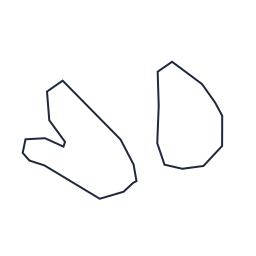 an SVG outline of Kökar, rotated 196°
{"feature_id": "ALD-4824", "entity_name": "Kökar", "entity_type": "state/province", "adm_level": 1, "iso_a3": "ALA", "parent_name": "Aland", "parent_adm1": "", "projection": "albers", "projection_center": [20.932, 59.931], "detail": "fine", "context": "isolated", "style": "outline", "palette": "slate", "viewbox_px": 256, "rotation_deg": 196, "n_neighbors": 0, "source": "natural_earth", "source_scale": "10m", "svg_char_len": 493}
<svg xmlns="http://www.w3.org/2000/svg" viewBox="0 0 256 256"><g transform="rotate(196 128 128)"><path d="M205.0,95.3L184.9,92.3L184.7,97.3L205.8,113.7L215.9,140.7L203.9,155.5L132.0,114.9L112.6,94.5L105.2,79.3L108.0,76.6L114.7,65.5L135.7,52.2L198.0,69.0L213.7,69.5L222.4,75.1L223.4,88.9L205.0,95.3ZM51.2,176.4L40.8,165.7L32.6,136.7L45.0,112.3L64.5,103.8L82.8,102.8L95.7,121.5L104.6,157.8L115.0,190.3L103.9,203.8L68.9,190.6L51.2,176.4Z" fill="none" stroke="#1e293b" stroke-width="2"/></g></svg>